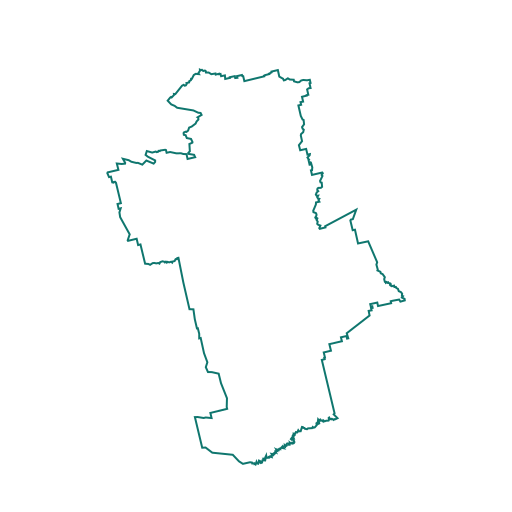 Weddin, New South Wales, Australia (Robinson projection), rotated 248°
{"feature_id": "25037944B42386149342522", "entity_name": "Weddin", "entity_type": "district", "adm_level": 2, "iso_a3": "AUS", "parent_name": "Australia", "parent_adm1": "New South Wales", "projection": "robinson", "projection_center": [147.918, -33.878], "detail": "fine", "context": "isolated", "style": "outline", "palette": "teal", "viewbox_px": 512, "rotation_deg": 248, "n_neighbors": 0, "source": "geoboundaries", "source_scale": "gbopen_adm2", "svg_char_len": 6028}
<svg xmlns="http://www.w3.org/2000/svg" viewBox="0 0 512 512"><g transform="rotate(248 256 256)"><path d="M159.1,377.3L160.6,377.7L162.8,375.7L163.7,377.2L164.5,376.4L166.4,377.4L168.3,376.8L169.9,375.2L172.4,375.3L173.8,374.1L174.9,374.1L175.4,372.7L176.8,372.9L177.1,370.6L178.2,369.7L179.0,369.4L179.6,369.8L179.6,370.4L180.2,370.3L181.4,368.6L182.1,368.6L182.0,367.7L182.9,367.4L182.6,366.4L183.4,366.5L183.8,365.8L186.6,366.2L188.1,367.5L191.8,366.6L193.2,365.2L194.8,365.4L197.1,363.2L197.7,363.8L202.9,364.4L204.8,366.0L227.6,365.5L229.4,355.3L243.3,357.6L243.7,355.3L253.6,356.8L254.2,357.5L253.9,359.6L261.4,366.3L257.7,331.3L256.5,331.1L257.3,325.3L258.1,325.1L260.1,327.1L261.7,325.3L262.9,324.8L264.8,326.1L266.5,325.7L267.9,327.0L268.5,326.6L268.5,325.5L269.5,325.4L270.8,327.1L272.0,327.7L273.4,327.6L275.1,325.7L276.5,326.0L281.3,330.8L283.2,331.7L282.6,335.1L284.5,334.9L285.3,336.1L286.3,335.0L287.5,334.8L288.7,336.2L289.1,334.8L290.5,334.5L292.2,336.1L292.8,338.0L294.3,337.5L295.5,338.3L295.8,339.3L294.9,341.7L295.4,343.2L299.4,344.4L300.1,343.4L301.6,343.5L305.3,347.6L306.6,347.2L307.7,348.9L308.6,348.7L310.2,338.3L314.8,339.0L314.6,340.1L317.1,341.4L322.0,341.9L323.1,341.5L320.4,341.1L320.6,339.9L325.6,340.7L325.6,341.2L328.0,340.6L329.3,343.5L330.3,344.1L330.7,341.7L336.5,342.6L337.5,336.6L342.7,337.3L345.2,341.7L351.0,342.7L352.2,343.5L353.1,346.1L355.2,347.6L356.6,346.9L358.3,347.0L360.1,349.9L364.3,351.1L365.1,350.3L369.1,350.0L379.7,351.7L379.3,354.5L382.0,354.9L381.5,357.5L386.4,358.3L385.7,363.1L386.2,363.2L385.9,364.9L391.3,365.8L391.8,367.6L391.3,369.5L396.1,370.3L396.0,371.4L399.2,371.9L399.8,369.1L401.5,365.8L401.8,363.6L401.0,361.3L401.5,359.5L403.7,356.7L405.3,357.0L407.0,353.4L408.8,352.1L408.2,349.0L408.4,347.6L410.2,347.5L413.6,344.8L420.2,345.9L421.2,339.4L420.4,339.2L420.2,336.4L419.7,336.4L420.3,332.2L420.2,331.1L419.5,331.0L422.5,310.7L427.5,311.5L427.9,310.7L429.1,310.8L429.9,305.8L428.2,305.5L428.8,303.4L430.7,303.7L431.6,298.7L430.9,298.6L431.7,293.8L435.1,294.8L435.8,291.0L438.1,291.3L438.3,290.0L438.8,290.1L439.3,286.6L440.4,286.8L441.3,282.7L443.8,280.9L444.9,278.3L446.1,278.7L447.1,278.1L447.3,276.4L448.9,275.6L448.9,274.6L449.8,273.8L448.7,273.4L447.1,271.0L446.0,271.2L447.5,268.3L447.1,266.1L444.3,262.9L444.6,262.2L443.4,261.5L443.1,259.6L442.0,259.0L442.4,256.3L441.5,256.2L440.5,254.9L440.6,253.7L441.8,253.1L441.6,251.2L436.3,241.8L437.0,240.6L436.0,240.3L434.6,237.2L435.3,236.8L435.0,235.7L433.1,232.3L428.3,234.2L425.7,236.8L423.0,238.4L414.4,252.5L410.5,256.1L409.4,258.2L407.2,258.4L406.5,253.9L406.0,254.3L404.1,253.7L403.0,251.3L401.4,249.6L400.1,244.8L400.1,242.1L397.7,240.0L397.1,238.0L397.6,237.5L397.6,235.5L397.1,234.9L395.4,234.5L394.4,236.0L391.3,236.0L388.9,239.6L385.4,239.8L384.9,239.4L384.8,236.2L377.9,233.9L377.0,231.9L375.9,231.8L373.0,236.5L370.4,236.6L371.6,228.9L376.5,229.7L377.8,226.8L379.3,225.0L381.1,220.5L384.6,215.3L385.2,211.8L388.0,212.2L388.5,211.6L389.7,206.7L389.3,206.1L390.0,205.0L389.3,204.2L389.5,202.8L390.4,202.2L390.8,198.5L394.2,194.1L391.1,191.5L388.6,192.9L382.4,198.3L381.0,197.7L380.0,195.7L385.6,190.1L383.3,184.8L386.6,181.4L387.1,179.9L390.1,175.7L392.5,173.9L396.0,169.0L391.4,169.6L390.7,169.2L391.6,166.0L393.9,161.6L387.4,160.7L389.1,149.8L388.5,149.2L384.2,149.3L383.9,151.2L378.1,150.3L377.4,151.4L377.9,152.0L377.6,153.2L376.3,153.6L355.6,150.5L356.1,147.1L351.2,146.3L350.9,148.4L347.6,145.7L342.9,144.6L323.4,147.0L318.6,142.9L318.0,143.0L316.7,151.8L310.3,150.8L310.0,153.2L290.4,150.3L288.9,153.3L287.5,154.5L288.1,157.5L287.7,159.0L286.5,160.8L286.1,162.8L285.1,163.6L286.2,164.9L286.1,167.3L284.8,169.1L284.2,169.2L284.5,170.3L283.3,170.8L283.8,171.6L282.6,173.2L282.5,175.1L281.3,175.8L282.1,176.5L281.8,178.6L283.2,180.3L282.7,181.4L283.6,182.2L283.4,183.4L258.6,178.7L231.6,174.4L230.0,178.0L220.4,175.6L211.0,174.1L210.8,175.0L205.1,174.2L200.9,172.5L200.7,174.0L185.4,171.4L175.7,171.1L171.7,167.8L166.4,168.0L164.9,171.5L160.9,177.3L151.2,175.9L135.0,175.8L127.0,172.3L125.1,172.0L127.6,154.9L122.4,154.1L125.1,148.9L125.4,146.8L128.6,141.5L129.5,139.0L98.4,134.3L97.3,137.5L90.0,141.8L80.4,160.0L72.0,163.3L68.2,166.0L67.0,173.2L66.0,174.9L65.0,174.8L64.5,176.7L63.7,176.6L63.7,177.1L62.9,177.5L64.8,179.2L63.4,179.1L62.6,180.2L65.2,182.1L64.1,183.1L63.2,182.3L62.2,182.9L62.2,184.2L64.2,185.6L63.0,187.9L63.9,188.5L63.9,187.4L65.3,187.1L64.8,188.9L65.9,189.3L67.1,190.6L65.0,190.0L64.3,191.9L64.9,192.3L64.2,193.0L64.9,193.7L63.7,195.2L64.9,195.3L64.8,196.5L66.6,196.3L66.1,197.0L66.3,198.2L65.2,198.1L66.1,200.3L67.7,199.9L66.4,201.0L67.7,201.0L67.3,202.4L68.7,202.3L67.7,203.0L68.5,203.3L67.5,204.4L68.4,205.1L67.8,206.1L69.4,206.4L68.3,206.5L69.2,208.5L68.4,208.1L67.5,209.5L68.8,209.0L69.1,210.5L68.2,211.4L69.5,211.8L68.5,212.2L68.7,213.4L70.3,212.9L69.8,213.4L70.5,214.7L70.2,215.5L68.7,215.7L68.5,216.2L69.8,216.3L69.3,217.5L70.1,217.6L69.0,218.2L69.4,219.4L68.3,219.8L68.3,220.9L69.1,221.1L69.2,221.9L71.3,222.0L71.3,221.5L73.1,221.0L72.5,220.2L73.2,219.8L74.2,221.4L73.1,222.7L75.6,222.7L76.3,223.6L75.2,224.1L75.5,224.8L77.2,224.6L76.7,226.0L77.8,227.1L77.0,228.2L78.6,229.9L77.3,230.2L76.8,231.8L80.3,234.6L79.8,235.4L78.9,235.5L78.4,236.5L77.5,236.6L76.3,238.4L76.7,239.6L75.4,243.5L76.2,244.6L75.2,245.1L75.1,246.3L76.4,248.9L77.6,249.2L77.0,250.1L77.1,251.9L77.8,252.0L78.7,250.9L79.2,252.6L79.8,251.6L81.2,252.4L80.2,252.7L80.3,254.4L78.9,254.6L78.7,255.6L77.5,256.2L78.3,256.9L77.0,257.7L77.0,259.3L76.2,261.6L77.0,262.5L78.6,262.7L78.8,263.3L77.0,263.4L77.0,264.3L76.4,264.6L76.6,265.4L74.9,266.6L75.4,267.5L74.9,268.3L75.1,270.8L80.1,268.7L80.7,269.9L135.0,278.1L134.6,281.0L136.1,281.2L136.0,281.9L141.2,282.7L140.1,290.0L146.8,291.0L144.8,303.7L148.8,304.3L147.9,309.9L145.3,309.5L145.1,310.7L150.4,311.2L158.3,339.0L162.9,339.9L162.3,342.8L164.4,343.1L164.2,344.7L165.8,345.0L166.0,343.5L168.6,343.9L167.4,351.0L163.9,350.4L161.6,363.6L163.6,364.0L163.2,366.5L162.0,372.4L159.6,372.8L159.1,377.3Z" fill="none" stroke="#0f766e" stroke-width="2"/></g></svg>